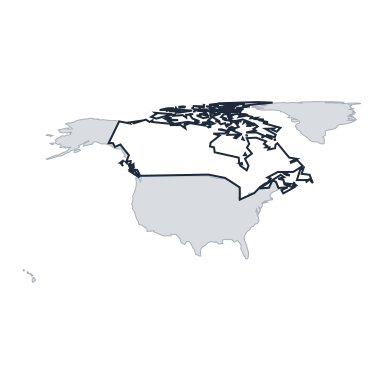 map of Canada with United States of America and Greenland greyed out
{"feature_id": "CAN", "entity_name": "Canada", "entity_type": "country or territory", "adm_level": 0, "iso_a3": "CAN", "parent_name": "North America", "parent_adm1": "", "projection": "equal_earth", "projection_center": [-89.555, 62.395], "detail": "fine", "context": "with_neighbors", "style": "outline", "palette": "slate", "viewbox_px": 384, "rotation_deg": 0, "n_neighbors": 2, "source": "natural_earth", "source_scale": "50m", "svg_char_len": 11430}
<svg xmlns="http://www.w3.org/2000/svg" viewBox="0 0 384 384"><path d="M140.8,175.8L208.4,175.8L208.4,174.6L209.3,174.5L209.6,176.3L210.4,176.8L214.6,177.5L217.0,178.5L219.0,178.0L222.8,178.8L225.0,177.9L233.7,182.4L234.0,183.2L234.6,183.6L234.4,183.9L235.6,183.6L236.2,184.9L237.3,185.3L237.0,185.9L239.7,187.4L240.9,193.2L238.6,198.2L238.9,199.0L239.8,199.6L249.2,195.6L248.5,193.6L249.6,193.1L254.4,193.0L255.2,191.8L259.1,188.5L267.5,188.5L267.7,187.7L269.5,187.0L270.7,183.1L272.3,180.6L273.2,181.5L274.8,180.9L276.0,181.9L276.6,186.2L279.0,189.2L271.5,192.9L270.0,195.6L270.1,197.3L271.1,199.1L272.2,199.2L271.8,198.0L272.7,198.7L272.5,199.7L265.2,201.1L263.1,202.1L266.8,201.4L267.7,202.1L264.1,203.1L262.5,203.1L262.5,202.7L261.8,203.6L262.6,203.8L262.2,206.2L260.5,208.9L260.2,208.0L258.7,207.0L259.4,208.8L260.1,209.4L260.2,210.7L258.1,214.9L258.5,212.4L257.1,211.0L256.6,208.2L256.2,209.7L256.9,211.9L255.1,211.3L257.0,212.4L257.3,215.8L258.1,216.0L259.0,220.7L257.5,223.4L254.7,224.4L253.1,226.5L251.7,226.8L250.4,228.1L250.1,229.3L247.2,231.6L244.5,235.5L244.2,238.1L244.7,240.6L247.0,246.4L247.1,248.0L248.5,252.3L248.4,256.2L247.8,258.5L247.0,259.0L245.6,258.5L245.1,256.9L244.0,256.0L240.7,248.5L241.2,246.1L240.4,244.0L238.1,241.0L237.1,240.4L234.3,242.1L232.5,240.2L230.7,239.3L227.6,239.7L225.2,239.3L222.0,240.2L222.5,241.1L222.4,242.6L223.0,243.3L222.5,243.8L221.5,243.3L220.4,244.0L218.4,243.9L216.4,241.9L214.0,242.4L212.0,241.5L207.9,242.6L205.4,245.4L202.6,247.0L201.0,248.7L200.4,250.4L200.3,253.0L200.9,256.0L199.8,256.1L195.7,254.2L194.4,249.8L192.8,247.7L190.7,243.0L188.8,241.5L186.5,241.6L184.7,244.5L182.4,243.4L181.1,242.3L179.7,238.4L175.9,234.3L171.2,234.3L171.1,235.8L163.5,235.9L153.5,231.6L153.8,230.8L147.2,231.5L147.0,229.7L145.5,227.6L144.2,227.2L144.1,226.2L142.6,226.0L141.7,225.0L139.3,224.7L138.7,224.1L138.6,222.1L136.5,218.6L134.9,213.7L135.1,212.9L132.6,208.9L132.6,206.1L131.6,204.2L132.6,201.4L133.0,198.5L132.7,195.9L134.2,192.8L136.0,186.8L136.4,182.5L135.7,178.3L136.2,177.7L139.5,178.8L140.2,181.8L141.0,180.9L140.8,175.8ZM119.3,121.3L108.6,143.2L110.8,143.3L112.6,144.0L115.0,146.9L117.7,145.4L120.3,144.5L120.9,145.9L123.7,148.2L125.7,153.3L129.0,155.1L128.5,156.9L126.8,158.3L124.1,156.3L124.3,153.9L122.1,151.6L121.7,149.0L116.1,148.8L113.8,148.0L110.3,145.2L104.9,143.8L101.7,144.0L95.9,141.7L93.1,142.2L92.7,144.0L88.6,144.8L83.4,146.2L83.9,144.7L86.2,142.1L89.0,141.3L88.7,140.7L85.2,142.1L82.7,143.8L78.5,145.7L79.5,147.0L76.4,148.9L70.6,150.9L69.4,152.2L65.1,153.6L63.7,154.9L60.4,156.1L58.9,155.9L51.0,158.6L46.6,159.5L46.5,159.0L55.8,155.2L58.8,154.9L60.6,153.7L64.6,152.1L67.6,150.5L69.2,148.5L71.2,146.9L68.1,147.7L67.7,147.2L65.9,148.2L65.2,146.8L64.1,147.8L64.0,146.5L61.1,147.5L59.8,147.5L60.5,145.9L61.5,145.0L60.6,144.0L57.4,144.5L55.2,142.7L56.2,141.2L55.2,140.1L57.0,138.7L59.7,137.3L61.4,136.0L63.2,135.8L64.4,136.2L66.9,135.0L68.3,135.2L70.5,134.5L70.8,133.4L69.9,133.0L72.1,132.1L68.2,132.6L67.2,133.1L65.9,132.6L62.7,132.9L60.0,132.3L59.8,131.4L58.1,130.0L67.2,128.0L68.9,128.0L67.8,129.1L72.3,129.0L71.6,127.6L69.7,126.8L67.8,124.8L65.5,124.1L67.5,123.0L71.1,122.9L74.4,122.0L75.6,121.0L78.4,120.1L84.9,119.0L86.6,119.1L90.4,118.1L93.1,118.5L93.9,119.3L95.0,119.0L98.3,119.1L97.9,119.5L100.7,119.9L102.8,119.7L111.7,120.7L114.6,120.4L119.3,121.3ZM47.2,134.5L48.1,134.9L49.6,134.7L52.8,135.6L50.4,136.4L48.7,135.4L46.7,135.6L46.3,135.4L47.2,134.5ZM34.3,278.0L35.7,280.1L32.9,282.4L32.3,281.9L32.2,279.4L33.0,278.3L33.1,277.2L34.3,278.0ZM33.0,275.3L31.7,276.1L31.1,274.7L31.4,274.4L33.0,275.3ZM31.1,273.8L31.0,274.2L29.5,274.1L29.7,273.6L31.1,273.8ZM27.9,271.7L28.7,273.2L28.5,273.4L27.3,273.2L27.0,272.2L27.9,271.7ZM24.4,269.8L23.9,271.1L23.0,270.4L23.7,269.7L24.4,269.8ZM52.6,143.0L54.2,143.2L53.7,144.2L52.1,144.6L50.1,143.4L52.6,143.0ZM78.4,149.4L79.8,149.6L80.3,150.5L74.9,152.8L74.1,152.1L74.4,150.8L78.4,149.4Z" fill="#d9dde1" stroke="#a8b0b8" stroke-width="1"/><path d="M298.3,102.4L304.0,101.9L310.2,101.9L312.3,101.7L318.5,101.6L332.7,101.7L344.3,102.3L341.3,102.6L325.0,102.7L326.0,102.9L332.3,102.8L337.9,103.1L341.1,102.8L342.9,103.2L341.4,103.7L345.7,103.4L354.0,103.0L359.6,103.2L361.0,103.6L354.3,104.3L353.5,104.6L347.9,104.7L352.1,104.8L349.9,106.4L351.2,107.9L354.2,108.8L351.3,108.8L348.6,109.3L352.7,110.0L354.2,111.3L352.3,111.5L355.9,112.9L351.8,113.0L354.5,113.7L354.3,114.3L349.2,114.5L352.5,115.7L353.1,116.5L348.7,115.8L348.0,116.3L351.0,116.7L354.4,117.9L356.3,119.4L353.0,119.8L347.8,117.9L349.3,119.2L347.7,120.3L355.8,120.5L347.3,123.8L339.6,124.6L337.9,125.4L336.4,127.7L332.7,129.3L326.1,130.5L325.0,131.9L325.7,133.6L325.4,135.2L322.7,137.1L324.4,139.1L324.1,143.7L321.1,143.9L317.1,141.8L312.7,141.8L310.0,140.3L307.7,137.9L302.9,134.8L301.3,133.3L300.3,131.2L296.6,129.0L296.8,127.4L295.2,126.6L296.3,124.1L299.0,123.3L299.5,122.4L299.2,120.9L294.6,122.2L291.9,121.5L291.2,120.1L291.6,119.1L297.7,119.6L291.8,117.7L289.9,118.0L288.1,117.5L289.7,115.8L283.3,112.2L280.6,111.6L280.4,110.9L275.1,110.0L261.5,110.1L255.8,108.7L260.6,108.3L264.3,108.2L256.3,107.9L252.0,107.3L252.2,106.8L265.5,105.6L266.1,105.2L261.1,104.8L262.5,104.4L268.6,103.7L271.1,103.6L270.2,103.1L279.8,102.8L285.3,102.7L287.4,103.0L291.9,102.5L302.7,103.2L298.2,102.7L298.3,102.4Z" fill="#d9dde1" stroke="#a8b0b8" stroke-width="1"/><path d="M128.9,155.2L120.3,144.5L115.0,146.9L112.9,143.1L108.6,143.2L119.2,121.4L129.7,123.4L128.8,122.5L142.5,120.5L135.4,122.2L133.6,123.1L133.9,123.3L145.9,119.6L149.5,122.0L152.4,120.4L152.3,122.0L172.6,124.0L169.9,125.2L180.3,124.9L185.4,128.4L184.5,125.2L189.3,123.6L184.1,123.6L188.6,122.9L205.9,125.7L203.6,124.1L206.2,123.8L209.1,124.3L210.0,127.0L208.0,126.9L209.2,127.9L208.7,127.2L210.1,127.1L210.4,126.4L210.1,124.8L214.2,123.5L208.2,120.3L212.2,116.9L218.1,120.4L215.4,121.4L220.4,121.8L218.7,122.2L220.7,124.3L225.1,123.1L226.6,126.6L231.5,123.2L230.2,121.0L238.9,123.3L236.3,123.9L238.7,126.9L234.8,128.4L232.4,127.1L231.8,127.0L231.2,127.2L233.9,128.8L228.0,128.1L229.6,129.0L226.5,130.8L221.7,129.4L218.2,129.4L227.4,131.1L225.2,133.5L213.3,133.6L219.6,135.6L210.6,142.7L210.0,146.5L214.0,147.4L214.7,152.3L238.7,157.6L239.2,163.5L240.5,165.9L246.7,170.3L248.5,165.8L245.0,158.7L251.9,153.5L246.9,147.6L249.2,143.9L246.8,138.1L256.3,137.7L266.1,141.4L263.9,143.9L267.1,145.8L265.5,147.3L269.5,147.3L268.4,149.6L275.0,148.2L275.6,144.6L277.4,143.3L289.2,157.6L297.0,158.9L290.6,161.7L291.0,162.8L297.2,160.2L302.7,166.0L293.3,171.9L277.8,172.0L267.5,177.5L270.7,178.6L267.5,182.7L265.3,183.5L260.3,186.8L254.4,193.0L239.8,199.6L239.7,187.4L225.0,177.9L208.4,174.6L140.2,175.8L137.2,170.0L130.5,169.1L133.4,167.5L131.1,166.0L133.6,166.4L133.5,164.1L131.1,165.8L130.1,167.2L130.7,161.1L126.4,161.5L128.9,155.2ZM227.9,118.7L231.4,118.7L231.6,117.6L229.2,116.9L232.3,115.4L230.0,114.9L237.3,113.9L240.0,115.5L238.9,117.0L246.6,115.6L251.9,116.8L250.7,118.3L257.2,117.8L255.5,119.1L263.8,119.5L260.9,120.6L268.0,122.2L262.9,123.0L280.4,127.8L276.7,131.7L272.4,129.8L274.1,128.5L265.3,128.8L275.7,134.6L274.8,137.3L266.1,134.6L272.5,139.2L256.5,132.5L246.1,132.5L255.5,130.4L253.5,128.9L257.7,126.5L253.8,123.4L248.3,123.4L250.0,122.3L242.9,119.5L237.8,120.5L239.3,121.3L225.4,120.2L222.3,118.6L226.8,118.7L221.2,117.0L223.7,114.4L230.8,113.7L227.7,115.5L228.6,117.1L231.0,118.1L227.9,118.7ZM257.7,102.1L272.6,102.6L245.1,105.5L249.5,106.0L242.1,106.0L249.8,106.4L236.0,108.3L243.6,108.9L238.5,109.9L222.1,109.5L227.2,108.5L224.9,107.7L231.5,108.2L233.1,108.1L234.9,107.4L225.8,107.1L227.1,106.4L233.6,106.4L236.3,106.1L227.6,104.7L238.6,105.4L234.0,104.6L244.9,104.0L241.6,103.9L244.8,103.5L230.0,104.4L227.4,104.3L233.3,103.7L225.4,104.2L222.6,104.0L227.6,103.8L230.4,103.6L218.3,103.3L257.7,102.1ZM173.7,115.8L182.6,115.1L186.3,117.6L186.1,114.8L189.5,114.7L192.6,118.6L199.4,121.1L194.3,121.4L197.5,122.4L195.2,123.1L187.8,121.8L174.6,123.8L167.0,120.6L178.2,120.1L166.6,119.5L165.2,118.8L171.6,117.8L164.5,117.3L169.9,115.0L174.6,114.6L173.7,115.8ZM278.5,188.0L276.0,181.8L272.3,180.6L269.0,187.7L259.5,188.5L280.6,174.9L284.1,177.2L278.3,178.8L283.4,179.8L284.5,184.5L293.7,187.6L283.3,193.4L281.4,190.2L287.8,187.3L278.5,188.0ZM155.1,112.8L172.4,114.2L156.5,118.6L151.2,116.9L156.5,113.8L155.1,112.8ZM217.9,103.7L225.5,104.5L230.3,105.8L218.7,107.1L213.7,106.1L218.9,105.7L209.0,104.8L217.9,103.7ZM213.3,108.9L223.3,111.0L236.0,110.4L241.3,111.9L218.4,112.3L215.5,109.7L208.4,109.1L213.3,108.9ZM174.6,109.4L192.1,110.6L178.4,112.7L174.9,112.3L181.5,111.4L169.1,111.3L174.6,109.4ZM303.6,168.0L301.6,173.8L309.6,174.8L312.8,183.1L309.2,179.3L305.9,182.5L307.9,180.0L296.9,180.1L300.2,169.6L303.6,168.0ZM199.1,114.2L203.7,113.8L207.6,113.7L204.9,115.2L208.5,115.6L208.3,117.2L203.2,118.1L196.6,115.5L201.6,115.2L199.1,114.2ZM229.9,129.6L232.7,130.5L241.9,134.4L227.2,134.9L229.9,129.6ZM210.4,113.9L220.6,113.6L211.1,116.8L210.4,113.9ZM173.9,108.2L170.3,109.8L159.6,110.0L167.3,108.3L173.9,108.2ZM206.9,109.5L206.1,111.7L197.2,110.8L200.6,110.5L199.2,109.5L206.9,109.5ZM192.8,106.0L202.9,106.4L204.7,107.4L192.8,106.0ZM128.6,170.5L135.3,171.7L139.4,177.5L128.6,170.5ZM238.8,113.9L245.8,114.2L248.1,115.3L238.8,113.9ZM201.9,122.7L208.5,122.0L210.6,123.1L201.9,122.7ZM214.5,111.7L212.6,112.3L208.7,111.7L212.1,110.7L214.5,111.7ZM207.8,106.4L212.2,107.3L206.0,106.4L207.8,106.4ZM248.1,124.4L251.5,126.0L247.3,125.9L248.1,124.4ZM180.2,107.4L185.1,107.3L178.3,107.6L180.2,107.4ZM193.2,114.1L190.1,114.5L188.7,114.2L193.2,114.1ZM294.2,182.0L294.2,186.1L295.0,184.3L296.4,185.4L294.5,186.6L292.5,186.2L294.2,182.0ZM183.0,106.4L185.7,106.9L178.5,106.9L183.0,106.4ZM289.8,175.5L286.7,175.1L282.9,173.0L286.9,173.6L289.8,175.5ZM238.3,136.5L236.2,138.3L234.3,137.8L235.4,136.6L238.3,136.5ZM120.3,162.7L123.6,160.2L122.0,162.8L120.3,162.7ZM209.7,107.9L214.6,107.7L215.5,107.8L209.7,107.9ZM197.4,109.7L196.2,110.5L194.3,110.0L197.4,109.7ZM284.6,183.1L286.5,183.5L290.7,183.9L288.9,185.4L284.6,183.1ZM242.7,138.0L243.6,139.7L242.3,139.3L242.7,138.0ZM169.7,110.0L167.0,110.9L165.9,110.8L169.7,110.0ZM220.9,107.9L219.4,108.3L219.1,108.0L220.9,107.9ZM193.0,107.8L193.0,108.5L191.6,107.7L193.0,107.8ZM120.7,163.2L121.8,163.9L122.9,166.1L120.7,163.2ZM241.9,163.0L242.1,164.2L239.8,163.4L241.9,163.0ZM203.7,104.8L205.0,105.3L202.9,104.9L203.7,104.8ZM195.5,111.4L193.5,111.6L193.1,111.5L195.5,111.4ZM194.0,109.3L195.7,109.3L196.9,109.5L194.0,109.3ZM128.5,163.6L129.7,165.0L129.1,165.7L128.5,163.6ZM254.9,124.9L252.8,125.3L252.2,124.8L254.9,124.9ZM245.2,153.4L246.0,155.2L244.1,155.2L245.2,153.4ZM176.5,107.3L175.8,107.7L175.1,107.4L176.5,107.3ZM206.6,113.2L204.0,113.7L203.2,113.5L206.6,113.2ZM246.3,135.2L247.8,135.8L245.6,135.3L246.3,135.2ZM243.7,122.9L244.0,122.0L244.8,122.1L243.7,122.9ZM228.5,124.5L227.4,124.6L227.9,124.2L228.5,124.5ZM200.9,107.7L198.4,107.7L200.9,107.7ZM240.3,121.1L241.3,121.7L239.6,121.3L240.3,121.1ZM221.4,109.0L220.9,109.4L220.2,109.1L221.4,109.0ZM232.7,129.1L235.3,130.0L233.4,129.8L232.7,129.1ZM176.8,108.9L177.1,109.1L175.0,109.0L176.8,108.9ZM276.0,139.7L274.7,140.0L274.6,139.7L276.0,139.7ZM247.9,122.0L246.7,122.3L246.6,121.9L247.9,122.0ZM232.1,129.6L231.4,129.8L231.2,129.2L232.1,129.6ZM209.3,110.7L208.3,111.1L208.0,111.0L209.3,110.7ZM263.2,137.0L262.6,137.4L261.5,136.7L263.2,137.0ZM251.5,123.5L250.9,123.8L250.7,123.6L251.5,123.5ZM242.2,110.0L241.2,110.4L240.6,110.4L242.2,110.0ZM127.0,162.3L126.8,163.1L125.8,162.0L127.0,162.3Z" fill="none" stroke="#1e293b" stroke-width="2"/></svg>